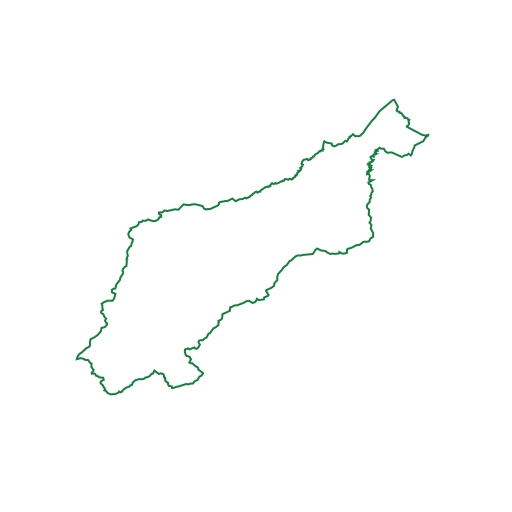 Bellavista, San Martín, Peru, rotated 69°
{"feature_id": "86281439B21945192230195", "entity_name": "Bellavista", "entity_type": "district", "adm_level": 2, "iso_a3": "PER", "parent_name": "Peru", "parent_adm1": "San Martín", "projection": "natural_earth1", "projection_center": [-76.375, -7.551], "detail": "fine", "context": "isolated", "style": "outline", "palette": "green", "viewbox_px": 512, "rotation_deg": 69, "n_neighbors": 0, "source": "geoboundaries", "source_scale": "gbopen_adm2", "svg_char_len": 6108}
<svg xmlns="http://www.w3.org/2000/svg" viewBox="0 0 512 512"><g transform="rotate(69 256 256)"><path d="M285.7,170.1L282.6,168.7L282.3,168.0L282.5,163.4L281.9,158.0L282.8,155.6L281.4,151.0L281.5,149.4L282.5,147.5L282.7,145.1L280.7,142.9L280.1,139.8L276.6,138.4L271.5,139.0L268.3,137.1L265.7,138.1L264.5,136.6L261.5,134.8L257.9,136.0L253.2,133.8L251.2,134.9L249.4,134.7L247.9,133.7L246.2,130.4L244.4,129.8L242.6,127.6L241.0,127.9L240.4,126.8L238.4,125.5L237.6,123.9L235.0,123.3L233.2,123.8L230.7,123.4L229.2,124.8L227.7,124.8L227.0,120.0L225.8,123.0L224.8,122.9L222.1,121.1L220.3,121.1L219.4,122.3L219.4,123.1L217.1,121.8L216.9,120.7L217.7,120.5L217.1,120.0L217.8,119.7L217.2,117.7L216.9,118.7L215.9,119.3L215.5,118.7L216.0,118.2L215.3,118.0L215.2,117.2L214.4,116.4L213.4,117.2L214.2,118.0L213.6,118.5L212.5,118.0L212.5,116.5L210.9,118.4L210.7,117.5L210.0,117.8L210.1,116.8L209.6,116.3L210.5,115.2L209.4,115.7L209.7,113.5L208.5,111.8L207.8,113.4L204.6,113.7L204.3,112.5L205.5,110.3L203.7,110.1L203.3,109.1L204.0,108.1L203.9,107.4L203.5,108.2L203.4,107.3L202.6,107.1L202.1,108.0L201.7,107.7L202.1,107.1L201.7,106.5L200.0,106.5L200.0,105.5L200.9,106.1L201.4,104.8L200.6,104.7L199.2,101.9L200.7,100.7L201.6,98.2L204.4,97.8L206.7,96.3L207.9,92.2L215.5,84.7L215.8,84.0L215.3,81.4L215.8,78.6L215.2,76.8L217.6,75.4L216.7,74.0L213.7,72.0L211.6,69.5L209.7,68.3L208.8,58.7L206.1,55.3L205.2,52.1L204.6,51.8L204.4,54.4L202.4,57.5L189.5,68.8L189.0,68.8L188.8,67.4L187.9,66.1L186.8,65.4L184.9,65.3L183.9,64.2L183.1,65.2L181.7,65.1L180.8,67.0L179.8,67.3L180.0,67.8L178.9,67.6L178.1,68.4L174.9,69.0L174.1,70.4L172.7,70.3L172.3,71.5L170.5,72.7L167.6,70.0L159.7,71.0L159.5,72.5L165.1,88.8L169.9,96.1L171.1,99.0L177.1,108.7L179.2,111.2L181.2,116.3L179.6,120.5L177.0,121.9L178.2,124.4L178.2,125.9L179.2,126.1L179.3,127.3L181.6,130.1L180.5,131.4L182.0,134.8L181.9,136.9L181.1,139.3L181.8,141.9L181.5,144.1L179.8,145.3L178.2,145.0L175.5,149.4L173.4,151.1L176.0,153.2L178.7,154.3L179.3,155.2L180.2,155.0L180.0,155.5L180.8,155.9L180.8,156.7L181.3,156.5L180.9,157.8L181.4,158.7L180.9,159.3L182.0,161.2L182.5,164.6L183.8,166.0L183.6,167.1L184.4,167.8L184.5,169.9L185.1,170.0L185.4,171.0L185.0,171.8L185.3,172.9L183.7,173.6L183.3,177.0L184.4,179.1L185.3,179.4L185.8,180.4L186.9,180.4L187.6,179.5L189.0,180.9L189.6,183.2L190.9,182.6L191.9,183.6L191.7,185.8L192.6,185.4L193.2,187.7L194.6,188.2L194.8,190.1L195.4,189.8L195.5,190.7L196.3,191.5L196.3,193.2L197.1,193.8L197.4,195.4L196.5,195.9L196.0,197.4L196.4,198.3L194.5,201.3L195.7,202.9L195.7,204.3L195.3,204.3L195.9,209.7L195.6,211.4L194.9,211.7L195.2,213.7L193.8,214.9L194.8,217.1L195.9,217.6L195.6,219.1L195.9,219.5L195.1,220.4L195.5,221.3L195.1,222.4L196.5,228.1L197.4,229.1L196.9,229.6L197.4,231.9L196.1,232.4L196.0,233.9L196.9,235.6L196.8,236.9L197.6,237.6L198.1,240.6L198.5,240.7L198.8,244.3L197.7,245.1L198.0,248.2L197.1,251.1L197.6,255.3L193.9,257.6L194.5,263.2L193.8,264.5L192.7,270.3L193.1,271.6L194.6,272.2L195.2,273.8L195.7,282.4L194.8,284.3L194.9,285.4L193.3,287.5L190.2,288.0L186.3,293.5L185.0,296.7L184.6,300.2L181.9,305.2L185.0,312.0L183.4,314.7L182.2,322.8L180.7,324.9L181.7,327.8L180.6,330.9L181.7,331.5L183.1,330.8L183.7,329.9L185.3,330.3L185.6,331.1L185.2,332.3L186.5,333.6L187.2,335.8L187.2,337.6L186.3,340.1L183.2,343.7L183.6,346.3L182.4,349.2L183.2,350.4L182.5,353.2L184.2,354.2L185.4,356.8L185.3,363.3L186.9,363.1L187.8,365.5L189.9,367.5L193.3,367.5L196.3,365.0L197.9,365.8L199.7,367.6L201.9,369.0L202.4,371.0L205.5,374.7L210.0,375.7L211.7,377.5L212.8,377.4L213.3,378.4L214.7,378.5L219.1,380.7L219.1,382.3L220.6,385.1L221.8,385.9L223.4,385.7L224.6,386.3L227.6,390.4L229.6,391.6L232.6,396.7L236.0,398.9L235.5,400.8L236.1,402.8L238.3,403.4L241.0,400.8L244.9,403.7L246.3,406.0L244.6,410.3L244.6,414.3L245.3,417.3L246.8,417.1L249.7,418.1L251.5,418.1L252.0,420.1L252.9,420.9L253.9,420.7L255.8,419.3L258.3,419.4L260.8,418.4L262.2,420.1L264.3,420.0L265.6,419.2L266.9,419.9L268.2,422.7L267.8,426.0L270.7,427.8L273.1,432.4L274.1,436.5L274.3,440.1L276.9,442.0L279.0,442.5L280.9,443.9L281.3,447.6L283.8,453.7L284.0,455.4L285.2,457.8L288.1,460.2L288.5,456.4L290.3,453.6L291.5,453.1L293.0,450.0L296.4,449.1L297.7,448.1L300.5,449.5L304.2,448.4L305.0,449.0L306.0,451.2L307.1,451.4L307.8,449.0L308.5,448.4L310.5,448.2L312.0,446.2L313.1,445.9L314.9,442.3L317.0,442.5L317.5,445.9L319.1,446.7L321.9,445.3L323.6,445.4L324.3,444.7L326.5,444.8L327.1,445.7L328.2,444.3L330.1,444.0L331.7,442.8L333.1,441.1L334.5,436.7L334.2,433.2L333.5,432.3L334.7,431.4L334.8,430.3L333.3,427.7L332.4,424.6L332.5,420.6L331.7,419.8L331.9,417.9L330.0,416.6L328.7,413.0L329.2,408.7L330.0,407.4L330.5,404.7L329.8,402.7L330.3,400.2L329.8,397.8L328.6,395.9L328.9,394.3L326.5,392.0L331.3,389.0L331.3,387.0L333.0,385.0L334.3,384.7L336.0,385.3L336.7,384.6L337.7,385.1L338.4,384.6L340.2,385.5L343.0,383.5L343.7,384.1L346.0,383.9L347.5,381.4L349.2,381.7L349.7,379.9L349.5,377.6L350.0,375.5L350.5,367.0L351.6,365.2L351.6,363.2L352.5,360.4L351.0,358.4L350.8,354.9L348.3,352.1L348.3,350.5L347.2,348.1L346.3,347.4L341.3,350.6L340.1,350.1L338.6,350.6L337.8,351.6L333.3,353.9L332.9,355.2L331.6,356.4L329.1,353.6L327.6,354.2L326.8,353.9L324.9,355.6L324.5,356.7L323.3,357.1L319.8,356.8L317.8,355.6L318.0,352.4L319.4,351.4L319.2,346.4L320.5,346.0L321.4,344.6L320.6,342.4L318.6,340.2L316.0,340.6L314.9,339.9L314.6,338.5L315.5,335.9L314.4,332.7L314.4,331.3L311.4,328.1L311.6,326.7L308.3,321.7L308.1,319.1L306.9,315.6L305.2,315.2L304.6,314.5L303.3,314.5L302.8,311.3L302.0,309.9L298.3,308.2L297.8,300.0L294.6,298.4L294.9,297.1L294.4,293.8L295.3,291.2L295.3,284.4L294.7,280.5L295.4,278.5L298.7,275.9L298.6,272.9L296.3,270.4L298.2,269.3L299.3,264.1L297.7,263.3L297.4,259.0L296.8,258.2L292.1,259.2L291.6,258.7L291.2,252.9L290.3,249.7L288.1,248.7L286.0,244.6L283.1,243.7L280.6,241.6L278.0,236.3L276.6,234.7L275.5,230.6L272.7,226.3L272.8,225.0L270.5,219.1L270.4,216.8L271.5,214.5L271.9,211.5L274.5,202.3L271.6,198.2L270.9,196.3L274.2,193.2L276.2,189.4L278.5,188.1L280.8,185.8L281.1,183.7L282.6,180.9L283.3,177.4L283.2,176.9L282.3,176.7L284.4,174.9L285.2,173.5L285.7,170.1Z" fill="none" stroke="#15803d" stroke-width="2"/></g></svg>